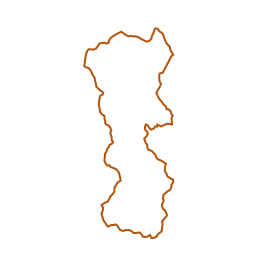 Major Gercino, Santa Catarina, Brazil, rotated 282°
{"feature_id": "56859067B69843073310031", "entity_name": "Major Gercino", "entity_type": "district", "adm_level": 2, "iso_a3": "BRA", "parent_name": "Brazil", "parent_adm1": "Santa Catarina", "projection": "albers", "projection_center": [-49.062, -27.42], "detail": "fine", "context": "isolated", "style": "outline", "palette": "amber", "viewbox_px": 256, "rotation_deg": 282, "n_neighbors": 0, "source": "geoboundaries", "source_scale": "gbopen_adm2", "svg_char_len": 2934}
<svg xmlns="http://www.w3.org/2000/svg" viewBox="0 0 256 256"><g transform="rotate(282 128 128)"><path d="M209.0,157.0L210.9,155.3L212.7,153.4L214.9,152.6L216.9,151.2L218.2,148.7L219.9,147.3L222.2,145.6L224.9,143.9L227.2,142.7L228.3,140.9L229.1,138.5L231.2,136.4L231.1,133.9L227.9,133.2L225.3,133.0L223.2,132.3L220.4,132.3L217.8,130.9L216.4,128.3L217.0,125.5L217.9,122.1L218.9,119.6L219.2,116.5L218.7,113.8L218.6,111.3L217.8,109.5L218.4,106.9L219.6,104.0L220.8,101.4L217.2,96.9L212.9,92.6L210.0,91.3L207.4,91.3L206.2,89.7L206.5,87.1L205.5,84.1L204.5,82.4L202.2,81.6L199.2,80.3L197.6,78.1L197.2,75.5L196.8,73.1L194.8,72.1L192.9,71.8L191.1,71.7L188.6,71.7L185.5,71.8L182.4,72.2L179.7,72.2L178.7,74.0L178.3,77.4L176.9,79.1L175.1,80.6L172.7,82.2L170.2,84.9L167.6,85.8L165.9,86.8L164.2,87.5L161.8,88.5L160.4,90.7L159.3,92.4L158.5,94.5L157.3,96.5L155.4,96.3L153.9,94.2L152.1,93.9L150.4,94.1L148.0,94.2L145.2,94.5L142.3,95.7L140.3,96.5L137.9,97.3L136.0,99.7L134.8,102.5L132.0,103.1L130.2,104.4L128.3,104.5L126.9,105.8L126.2,109.0L124.7,110.5L122.4,112.2L120.2,111.6L118.2,112.4L115.6,113.8L112.7,114.7L111.0,116.4L108.9,115.3L107.7,113.5L105.2,112.9L102.6,111.8L100.7,112.0L98.1,110.9L94.2,111.4L91.1,111.7L88.6,113.5L86.9,115.7L87.7,117.8L86.2,119.1L85.9,121.8L85.3,124.6L83.7,127.1L82.2,128.5L79.8,129.7L77.1,130.9L75.0,131.8L73.7,130.3L71.7,128.8L69.2,128.1L67.6,127.4L65.5,127.4L62.6,127.9L60.2,126.8L57.9,125.2L55.3,124.5L52.8,123.9L51.2,122.9L50.2,121.0L48.6,119.6L47.1,118.1L45.0,120.2L41.9,120.5L39.0,119.8L36.7,120.8L34.5,122.3L32.1,123.6L30.1,126.0L28.6,127.1L27.4,128.8L28.5,130.5L29.7,132.1L30.1,134.1L31.1,136.0L30.3,137.8L28.6,139.4L26.6,141.6L26.3,144.9L27.6,146.8L28.4,150.2L27.8,153.1L26.4,155.5L27.2,158.1L28.2,161.1L26.7,163.5L24.8,165.0L25.0,167.9L26.0,169.7L27.9,171.8L25.4,173.8L26.0,176.3L27.3,178.3L29.7,179.1L31.5,180.2L33.6,182.2L36.1,182.3L38.1,182.0L40.8,181.9L43.7,180.7L46.7,182.3L48.9,183.6L50.7,184.3L52.8,183.2L55.0,181.4L56.3,179.0L58.6,177.4L60.6,177.2L62.5,177.7L64.6,178.0L66.9,176.6L70.0,176.7L72.7,178.5L74.9,180.5L76.5,182.2L79.1,182.7L81.8,182.4L84.6,183.5L86.9,182.8L87.3,180.8L88.1,178.6L89.0,176.5L91.1,175.3L93.3,173.1L95.7,172.6L98.3,172.3L100.9,172.5L102.0,170.1L103.0,167.1L103.5,164.4L104.4,162.2L106.7,161.0L108.4,159.0L110.0,156.8L110.8,154.7L110.9,152.7L112.7,150.9L115.4,150.4L117.4,148.3L119.1,147.2L121.0,146.1L123.8,147.9L126.5,148.6L128.4,147.4L130.0,145.0L133.1,144.3L135.3,144.9L134.4,147.2L132.2,148.8L131.3,151.3L132.8,153.3L134.9,154.0L135.5,156.2L137.3,155.9L136.9,158.1L136.4,160.2L138.4,162.6L140.4,165.6L140.6,168.0L140.6,170.3L144.0,169.3L146.7,168.5L149.3,169.1L151.2,167.1L153.2,166.3L154.7,163.9L154.3,161.9L156.7,160.7L158.5,157.8L160.6,155.6L162.6,153.0L164.3,151.3L166.3,149.8L168.4,148.4L175.4,150.7L178.1,151.1L179.8,149.3L182.2,148.5L185.3,147.7L187.8,147.5L189.3,150.5L202.8,154.3L207.0,155.3L209.0,157.0Z" fill="none" stroke="#b45309" stroke-width="2"/></g></svg>